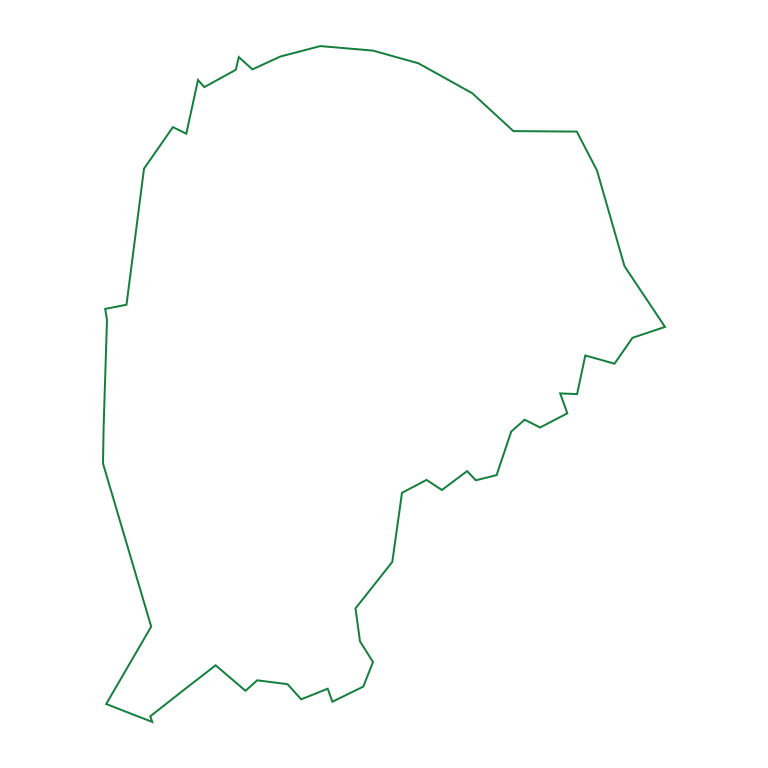 the district of Fentress, Tennessee, United States of America
{"feature_id": "52423323B70969793356502", "entity_name": "Fentress", "entity_type": "district", "adm_level": 2, "iso_a3": "USA", "parent_name": "United States of America", "parent_adm1": "Tennessee", "projection": "mercator", "projection_center": [-84.916, 36.357], "detail": "fine", "context": "isolated", "style": "outline", "palette": "green", "viewbox_px": 768, "rotation_deg": 0, "n_neighbors": 0, "source": "geoboundaries", "source_scale": "gbopen_adm2", "svg_char_len": 801}
<svg xmlns="http://www.w3.org/2000/svg" viewBox="0 0 768 768"><path d="M614.5,363.7L632.5,337.8L665.0,326.9L624.5,266.2L597.0,170.5L576.8,131.6L513.4,131.1L472.2,93.2L418.4,63.3L372.9,50.6L320.3,46.1L280.4,56.5L252.4,69.4L238.8,57.1L235.8,69.8L204.3,87.1L198.0,80.0L186.3,133.7L172.9,127.1L144.0,168.7L126.5,304.7L105.2,308.9L107.0,320.0L103.6,427.6L103.0,463.5L151.2,626.6L106.2,704.0L129.7,713.2L152.2,721.9L150.3,716.3L182.6,690.9L215.6,665.3L245.5,690.8L257.2,680.3L287.6,684.2L301.1,699.3L327.7,688.7L332.4,701.7L363.3,686.6L373.0,662.0L360.0,641.4L355.5,608.4L392.3,561.9L402.0,492.8L426.5,479.9L441.9,490.0L467.1,471.1L475.8,480.3L496.6,475.1L511.2,431.6L524.6,419.7L540.1,427.5L567.3,413.3L560.2,393.4L577.1,394.1L585.3,355.5L614.5,363.7Z" fill="none" stroke="#15803d" stroke-width="2"/></svg>